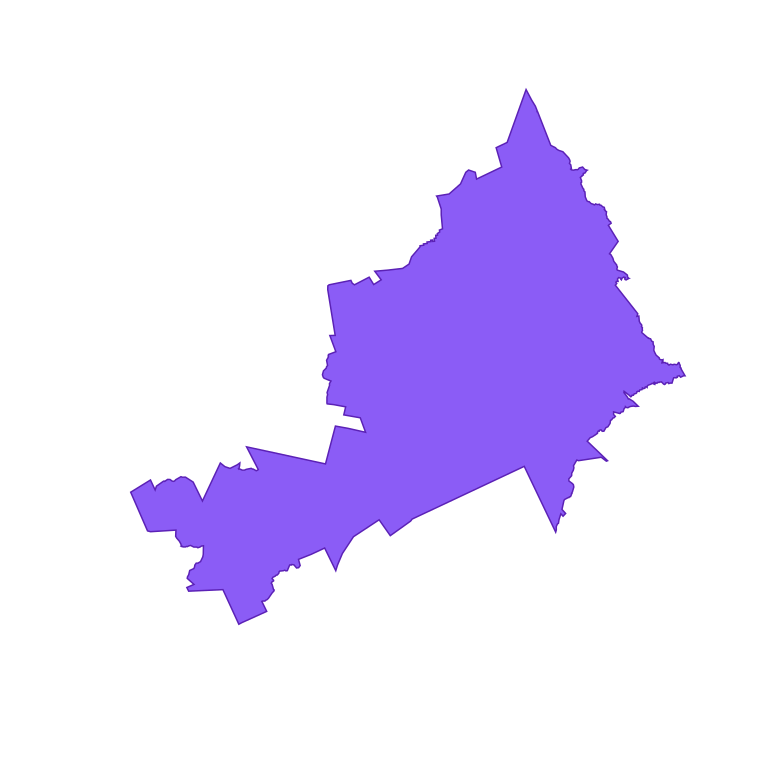 Buenaventura, Chihuahua, Mexico, rotated 245°
{"feature_id": "50627088B21405977079278", "entity_name": "Buenaventura", "entity_type": "district", "adm_level": 2, "iso_a3": "MEX", "parent_name": "Mexico", "parent_adm1": "Chihuahua", "projection": "albers", "projection_center": [-107.167, 30.188], "detail": "fine", "context": "isolated", "style": "filled", "palette": "violet", "viewbox_px": 768, "rotation_deg": 245, "n_neighbors": 0, "source": "geoboundaries", "source_scale": "gbopen_adm2", "svg_char_len": 6171}
<svg xmlns="http://www.w3.org/2000/svg" viewBox="0 0 768 768"><g transform="rotate(245 384 384)"><path d="M243.9,325.6L248.5,350.2L249.7,352.4L250.1,476.3L177.2,477.0L178.9,478.5L182.0,479.9L183.9,482.1L184.0,483.2L187.1,485.3L191.6,489.4L188.5,490.4L189.9,493.9L195.1,492.3L202.3,497.8L203.0,498.8L203.2,502.8L202.9,503.7L203.4,504.3L203.1,505.5L204.7,507.3L205.4,507.6L205.5,508.2L205.9,508.2L206.6,509.2L210.4,512.5L212.7,513.1L214.1,512.7L218.0,510.6L219.9,511.4L221.6,515.3L223.9,516.5L225.8,519.1L227.8,520.7L229.8,521.2L233.6,526.6L232.3,527.9L225.8,549.9L220.1,552.9L220.0,554.2L246.3,544.0L248.2,548.2L248.1,550.6L249.0,556.4L249.3,556.3L250.8,558.3L250.3,559.1L251.0,559.6L250.9,560.8L250.6,561.4L249.7,561.4L248.7,562.2L248.3,563.4L250.7,566.7L250.6,568.8L252.7,572.2L255.3,573.9L255.3,575.1L256.4,577.1L256.2,578.3L256.9,580.0L259.3,579.2L261.7,580.3L257.6,585.2L257.6,585.9L258.2,586.4L258.3,586.8L257.9,589.1L260.2,591.2L260.8,592.8L261.4,593.2L260.4,593.6L259.4,595.0L259.6,597.1L259.3,598.5L258.6,600.7L257.4,602.4L256.4,605.0L263.0,602.5L266.9,600.0L267.2,599.1L269.1,599.1L274.8,597.8L275.9,598.5L269.6,601.8L268.3,602.0L268.1,602.9L269.0,604.0L268.4,605.3L269.3,606.6L268.9,608.4L269.3,609.4L270.2,610.0L270.1,611.1L269.4,612.2L270.5,613.2L269.9,615.5L271.2,616.5L270.1,617.2L270.2,618.1L269.9,618.4L270.1,619.0L270.8,619.3L270.8,620.4L269.7,621.0L270.7,621.6L271.3,622.8L271.0,625.8L271.3,627.3L270.0,628.5L270.8,628.4L271.4,629.4L271.3,629.8L269.8,629.4L269.5,629.9L270.1,631.0L269.3,631.7L269.8,633.1L269.1,633.9L269.3,634.9L268.6,636.0L268.6,636.4L265.9,637.3L265.0,638.0L265.1,639.0L265.8,639.8L265.4,641.8L265.2,642.2L264.0,642.3L263.9,643.7L263.1,645.4L267.2,649.1L267.0,649.9L266.1,651.3L266.1,652.7L267.0,653.0L266.8,655.1L264.8,655.7L264.8,659.0L264.2,660.3L272.2,659.6L272.8,660.0L273.8,659.4L275.7,660.3L277.1,660.3L277.9,659.8L278.2,660.4L278.7,660.4L279.0,660.0L277.8,658.1L277.8,657.4L279.3,655.2L279.3,654.0L280.9,651.9L280.7,650.3L281.8,649.6L282.9,649.8L283.9,648.0L284.7,647.8L285.7,644.8L286.5,645.4L286.5,646.2L286.9,646.6L287.3,646.4L288.2,647.1L288.3,646.2L289.4,644.7L290.3,644.2L291.4,644.5L295.2,642.8L298.3,642.7L300.6,642.8L303.9,644.8L306.0,644.7L308.6,645.7L309.7,644.7L312.3,644.7L313.6,643.0L314.0,643.2L314.5,642.6L321.6,639.4L322.2,639.5L323.4,641.0L324.6,641.2L325.8,642.0L327.1,641.6L327.7,642.2L328.9,642.5L330.9,641.9L333.0,641.9L337.9,643.7L338.4,641.8L340.4,643.7L375.8,635.4L376.7,637.4L378.0,637.1L378.8,638.0L378.1,639.5L380.5,640.0L381.3,641.6L379.6,643.5L378.9,642.9L378.1,643.2L379.3,644.4L379.6,646.4L378.6,647.6L377.5,646.6L376.7,646.7L376.0,647.4L376.2,650.5L376.5,650.1L376.6,650.4L378.1,650.0L379.9,650.6L384.3,648.4L388.6,643.6L389.8,643.6L391.4,645.0L393.0,644.9L393.5,645.2L398.1,644.1L401.2,644.6L405.3,644.3L406.7,643.4L414.3,656.5L433.0,654.4L433.7,657.8L435.5,657.9L436.3,657.1L438.7,656.8L439.9,656.1L441.2,656.7L443.5,656.9L446.2,658.5L447.1,657.8L448.0,658.0L448.2,657.6L449.1,657.4L449.6,658.0L451.0,658.3L452.3,657.0L454.1,656.4L454.8,655.3L455.8,655.3L456.5,653.1L457.8,651.9L457.4,650.9L457.5,650.2L458.2,649.9L460.1,647.9L462.6,647.0L462.9,646.2L464.3,645.3L468.6,645.5L473.2,647.3L474.7,646.8L476.1,647.4L477.0,647.0L481.9,647.0L483.2,647.6L483.3,648.3L484.8,649.0L488.2,649.2L488.8,651.5L489.1,651.6L489.2,653.0L490.6,653.6L490.3,655.4L491.8,657.8L491.9,658.5L493.6,656.6L496.7,655.7L497.3,652.3L496.5,650.8L496.5,649.7L497.2,648.6L497.8,645.9L499.0,644.3L499.9,644.0L500.1,644.9L503.7,645.9L505.6,645.3L506.9,646.6L508.2,647.0L510.8,646.9L518.9,644.3L521.9,641.1L524.0,639.7L525.6,639.3L529.8,636.0L565.7,638.3L566.1,637.8L566.9,638.3L571.8,638.6L578.9,637.8L590.8,637.2L550.9,597.7L550.8,585.5L530.9,582.4L530.6,554.5L537.3,556.2L542.2,551.1L541.3,547.6L533.0,537.9L528.7,523.3L532.1,511.1L530.7,511.3L518.4,509.8L513.0,507.3L499.9,502.6L500.1,499.3L498.2,498.7L497.8,495.9L496.3,495.4L496.9,493.7L494.2,492.7L494.8,491.0L492.0,490.1L492.7,488.3L494.0,488.8L494.6,487.1L493.3,486.7L494.5,483.0L493.1,482.5L494.3,479.0L493.0,478.6L494.1,475.1L493.3,474.8L492.8,474.1L487.6,462.7L482.1,457.4L480.9,449.7L485.6,435.6L490.1,423.3L479.6,425.5L478.5,416.7L487.1,415.7L486.4,399.1L488.8,397.8L491.9,397.8L497.1,376.2L496.7,374.6L493.3,372.9L448.7,360.3L450.8,355.4L433.6,354.0L434.2,346.2L433.1,345.3L432.9,345.5L431.9,344.9L429.8,342.0L424.7,340.7L423.8,339.1L422.8,338.4L421.5,334.7L418.4,332.1L415.9,331.8L414.4,332.2L409.1,337.2L407.4,334.7L405.8,334.1L400.3,328.8L398.2,328.4L396.3,326.8L390.8,324.2L390.0,324.1L386.5,329.8L379.5,339.6L373.0,334.5L363.4,348.2L348.0,346.9L359.0,332.7L366.4,322.2L336.3,297.2L385.1,232.9L359.6,233.9L359.3,232.7L359.4,231.5L362.1,229.6L362.3,229.0L363.7,228.0L364.9,223.0L364.9,221.2L365.8,219.2L368.2,217.1L368.1,216.5L368.7,216.3L368.9,217.0L370.8,218.5L373.4,220.0L372.8,216.9L372.6,208.8L376.3,204.9L381.6,202.3L354.7,170.0L375.8,169.6L383.5,164.7L384.7,161.9L385.8,160.8L385.3,154.8L384.6,153.2L384.8,151.9L385.5,151.0L387.9,149.7L389.0,147.5L388.4,144.1L389.0,143.7L389.1,143.0L387.6,134.6L384.7,131.8L395.7,131.8L393.0,108.7L350.8,107.6L348.8,110.0L339.5,133.7L334.0,130.8L331.9,131.0L328.0,132.1L324.6,132.3L323.5,131.9L322.5,132.4L322.2,132.4L322.2,132.0L321.2,133.2L320.2,135.3L320.3,136.2L319.7,137.1L319.8,138.6L319.4,140.5L316.6,142.7L315.3,145.5L314.5,145.8L314.2,146.5L314.0,148.5L314.3,150.0L313.7,152.0L306.0,148.2L303.9,146.7L300.6,142.7L300.3,139.7L301.0,138.1L299.8,136.0L298.3,135.0L297.1,133.7L297.1,129.1L293.7,126.4L292.3,124.4L291.0,123.5L282.7,127.1L282.9,119.3L278.8,119.4L265.7,151.1L227.6,150.9L227.8,154.4L227.5,181.6L238.6,181.4L238.5,182.5L237.6,184.4L238.0,185.4L238.0,186.9L238.6,188.7L241.8,194.1L243.0,196.9L243.8,197.4L244.3,197.0L249.7,197.9L251.1,197.6L252.0,198.9L252.2,200.7L252.8,201.0L254.9,200.3L255.8,201.6L255.8,204.0L256.3,205.6L256.0,206.5L256.3,207.3L257.1,208.9L258.1,209.5L258.5,210.4L257.3,213.9L257.2,215.4L256.1,216.1L255.7,217.5L259.8,222.0L259.8,222.5L259.1,223.3L259.4,224.1L258.2,225.9L254.2,227.0L253.6,229.0L254.9,231.3L261.2,232.4L260.4,245.9L260.4,260.9L235.2,261.4L239.5,265.3L248.0,274.7L258.5,291.8L263.0,322.2L243.9,325.6Z" fill="#8b5cf6" stroke="#5b21b6" stroke-width="1.5"/></g></svg>